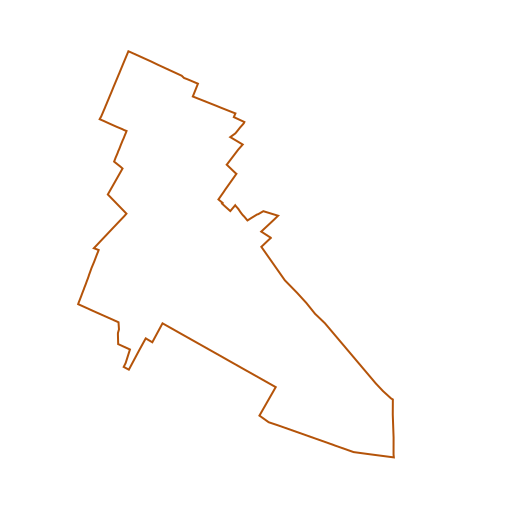 Macesu De Jos, Dolj, Romania (Natural Earth projection), rotated 286°
{"feature_id": "2599482B63888529601134", "entity_name": "Macesu De Jos", "entity_type": "district", "adm_level": 2, "iso_a3": "ROU", "parent_name": "Romania", "parent_adm1": "Dolj", "projection": "natural_earth1", "projection_center": [23.709, 43.853], "detail": "fine", "context": "isolated", "style": "outline", "palette": "amber", "viewbox_px": 512, "rotation_deg": 286, "n_neighbors": 0, "source": "geoboundaries", "source_scale": "gbopen_adm2", "svg_char_len": 2862}
<svg xmlns="http://www.w3.org/2000/svg" viewBox="0 0 512 512"><g transform="rotate(286 256 256)"><path d="M100.4,444.0L103.2,442.9L119.4,438.3L141.2,431.2L155.8,427.1L156.3,425.1L161.1,415.4L166.5,406.3L210.4,340.7L216.7,328.7L224.7,317.4L231.9,305.7L240.6,290.4L266.3,258.6L275.1,263.8L277.5,265.3L277.6,265.2L280.9,254.3L296.4,263.6L300.8,266.1L300.8,265.8L301.1,250.7L296.8,246.6L296.3,245.7L296.1,245.5L291.1,240.9L287.8,238.0L287.9,237.8L288.6,236.8L289.3,235.8L290.2,234.5L290.4,234.1L290.7,233.8L290.9,233.4L291.1,233.0L291.3,232.6L291.5,232.2L291.8,231.9L292.0,231.5L292.3,231.1L292.5,230.8L293.1,230.0L293.6,229.4L294.1,228.7L294.6,228.1L294.9,227.8L295.4,227.2L296.2,226.2L296.4,226.1L296.5,225.9L296.6,225.6L296.8,225.4L296.9,225.2L297.1,225.0L297.3,224.7L297.5,224.3L297.6,224.1L297.7,223.9L297.9,223.6L298.1,223.4L298.3,223.1L298.4,222.8L298.6,222.6L298.7,222.4L298.9,222.1L299.0,222.0L292.1,218.9L294.8,213.3L297.0,208.9L297.8,209.3L300.0,204.3L308.7,207.3L311.3,208.1L326.1,213.3L329.6,214.5L329.7,214.2L331.0,211.6L335.7,202.7L335.9,202.8L342.6,205.4L353.4,209.6L359.5,212.5L363.2,198.5L364.1,199.2L368.1,202.3L368.7,202.6L371.3,203.7L375.2,205.3L379.1,207.2L380.3,207.7L381.6,207.9L383.4,196.4L387.4,196.9L387.6,194.5L388.9,181.3L389.4,176.8L391.9,151.3L405.6,152.7L407.0,141.4L407.3,137.7L408.8,134.9L410.0,127.2L410.7,122.5L412.7,109.5L414.1,101.4L415.2,93.8L417.4,78.6L417.6,76.9L403.9,75.3L397.6,74.6L395.9,74.4L393.9,74.2L392.5,74.0L390.7,73.8L383.0,72.9L379.7,72.5L375.0,72.0L372.3,71.7L369.9,71.4L366.3,71.0L363.0,70.6L361.1,70.4L358.8,70.1L356.7,69.9L354.5,69.6L351.1,69.2L348.9,68.9L347.3,68.7L345.4,68.2L344.4,68.0L343.8,72.7L342.9,78.5L341.8,86.3L341.1,92.5L340.7,94.5L340.6,95.8L340.5,97.1L338.9,97.0L335.5,96.6L332.4,96.3L330.7,96.0L327.8,95.7L326.2,95.5L322.7,95.2L320.7,95.0L318.9,94.7L317.0,94.6L314.5,94.3L312.3,94.0L311.4,93.9L311.2,93.9L307.6,93.6L304.6,100.9L303.7,102.8L303.3,103.6L274.3,96.6L265.3,112.3L261.0,119.8L258.0,118.4L252.3,115.4L243.5,110.8L226.9,102.2L218.8,98.0L218.4,103.1L217.8,103.1L213.0,102.6L205.8,102.0L199.1,101.2L194.2,100.9L191.7,100.7L190.2,100.7L189.1,100.6L188.2,100.6L187.3,100.5L186.3,100.4L185.3,100.3L184.7,100.3L184.0,100.2L183.2,100.2L182.0,100.1L180.9,100.0L179.8,99.9L178.8,99.8L177.9,99.7L177.1,99.7L176.0,99.6L175.1,99.5L173.9,99.4L172.8,99.3L171.6,99.2L170.2,99.1L168.9,99.0L167.8,98.9L166.7,98.8L165.5,98.7L164.5,98.6L163.6,98.5L162.5,98.4L161.8,98.4L160.7,98.3L160.6,98.8L160.2,101.7L159.6,105.8L158.3,114.4L154.4,142.1L147.7,144.5L144.1,144.5L142.8,144.8L133.3,147.8L131.4,160.6L117.2,160.2L112.9,159.4L111.7,165.1L133.2,169.7L146.4,172.7L144.5,180.1L151.4,181.6L165.5,184.7L152.4,239.8L147.9,258.6L143.6,276.6L135.4,311.1L103.5,303.3L99.7,314.0L99.3,323.5L95.7,382.9L95.6,383.7L94.4,403.8L96.7,419.5L97.8,426.8L100.4,444.0Z" fill="none" stroke="#b45309" stroke-width="2"/></g></svg>